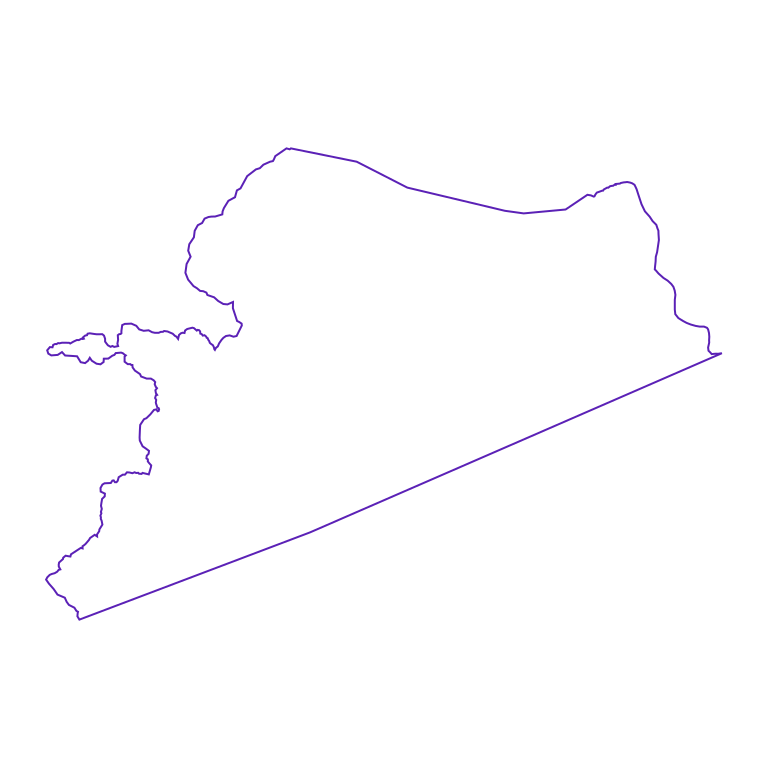 Medorm, Aimeliik, Palau (Mercator projection)
{"feature_id": "81905179B56582984107965", "entity_name": "Medorm", "entity_type": "district", "adm_level": 2, "iso_a3": "PLW", "parent_name": "Palau", "parent_adm1": "Aimeliik", "projection": "mercator", "projection_center": [134.484, 7.466], "detail": "fine", "context": "isolated", "style": "outline", "palette": "violet", "viewbox_px": 768, "rotation_deg": 0, "n_neighbors": 0, "source": "geoboundaries", "source_scale": "gbopen_adm2", "svg_char_len": 4703}
<svg xmlns="http://www.w3.org/2000/svg" viewBox="0 0 768 768"><path d="M721.9,353.2L718.1,353.8L716.3,353.7L714.5,353.8L711.7,354.1L710.4,352.6L708.5,350.7L708.1,347.5L709.2,342.6L709.1,340.1L709.3,336.8L709.0,333.0L708.1,329.4L707.0,327.8L704.0,326.6L699.7,326.6L695.6,325.9L690.7,324.5L686.6,322.9L682.9,320.9L678.4,318.1L675.3,314.2L674.8,309.6L674.8,299.8L675.4,294.9L675.1,293.1L674.7,290.6L673.4,286.8L671.3,284.0L667.6,280.6L663.4,277.9L658.5,273.5L656.1,270.7L654.8,269.4L655.0,267.0L655.6,261.5L655.8,256.8L657.1,252.2L658.9,240.0L658.5,233.9L658.4,230.7L657.5,228.5L656.3,224.8L652.6,221.1L649.7,216.7L644.9,211.3L641.5,204.2L638.2,194.2L636.6,189.2L635.5,186.8L634.5,184.8L632.2,183.3L630.2,182.6L628.7,182.3L627.1,182.0L625.8,182.2L623.6,182.4L620.8,183.0L619.9,183.6L615.6,184.0L615.6,184.8L614.8,184.6L613.0,185.8L612.2,185.8L610.1,186.2L608.3,187.7L607.2,187.6L603.8,189.5L603.0,190.7L602.1,190.7L598.6,192.0L598.0,192.2L597.0,192.5L596.1,193.5L595.1,195.0L594.5,196.3L593.8,196.6L592.8,196.2L591.0,195.4L587.4,194.8L565.6,209.5L523.7,213.4L504.9,210.8L460.4,200.2L407.3,187.6L356.7,161.7L290.9,148.4L289.7,149.3L286.5,148.4L275.3,156.1L273.9,159.4L272.9,161.1L270.1,161.7L263.4,164.7L259.8,168.2L255.9,169.4L247.2,176.1L240.5,188.4L236.9,190.4L235.0,197.2L228.4,200.8L223.9,208.1L222.6,211.4L222.3,214.4L215.2,216.5L211.3,216.6L208.5,217.0L204.6,218.6L202.1,223.0L197.8,225.2L194.7,230.8L193.9,237.3L189.3,244.2L188.2,250.7L190.6,256.7L186.6,264.0L185.4,272.8L188.1,279.6L193.5,286.1L196.9,288.2L200.1,290.9L203.2,291.2L206.4,292.6L207.4,295.0L214.1,297.3L218.2,301.0L223.3,304.0L227.5,304.4L233.0,302.0L232.9,308.2L237.1,321.0L239.2,322.0L241.6,323.6L241.8,325.5L236.6,336.0L233.5,336.7L229.7,335.4L226.0,336.0L223.4,337.8L221.5,339.9L219.1,343.4L217.8,346.4L215.9,347.9L214.9,349.9L214.4,349.3L213.8,347.0L212.9,345.2L210.9,343.8L209.8,342.8L209.2,341.0L208.4,340.0L207.6,338.1L206.7,337.8L206.2,336.6L204.5,335.2L202.8,335.6L201.7,334.1L200.3,333.6L200.1,331.4L199.1,330.2L197.6,329.9L196.8,330.6L193.9,328.1L192.4,327.7L187.2,329.0L185.1,330.5L184.5,333.0L182.7,332.7L180.9,333.3L179.0,335.0L178.1,338.9L176.4,336.6L175.0,335.9L172.7,333.7L169.4,332.3L167.6,331.5L164.1,331.0L163.0,331.8L160.7,331.9L158.7,332.8L154.9,332.8L152.1,332.2L148.6,330.3L143.7,330.8L139.2,329.4L136.3,325.8L131.3,323.6L127.6,323.8L124.8,323.9L122.2,325.1L121.4,331.0L121.4,333.3L120.6,334.0L119.1,334.2L117.8,335.2L118.1,339.9L117.4,343.7L118.1,346.1L114.2,346.9L112.4,346.0L110.6,346.8L107.9,345.3L106.5,343.5L105.1,341.6L105.1,338.8L104.0,335.6L102.3,334.2L96.9,334.3L94.4,334.0L89.8,333.3L87.6,333.7L87.0,335.2L85.3,335.5L84.4,336.2L83.0,337.4L83.8,338.7L82.7,339.0L81.5,338.7L78.8,340.1L76.9,340.0L73.5,341.6L70.2,343.5L69.1,342.8L62.1,342.7L59.6,343.3L58.1,343.1L56.5,344.1L55.1,344.0L53.2,344.9L52.5,347.3L49.9,347.1L47.2,350.3L48.3,353.6L51.3,355.4L57.7,354.9L62.0,352.1L65.1,355.5L71.5,355.9L77.1,356.3L80.7,362.2L85.1,363.1L88.1,360.7L89.8,357.8L91.8,360.7L96.5,363.7L100.5,364.3L103.6,362.0L103.8,358.7L108.3,358.6L110.1,357.3L112.3,355.7L114.4,354.9L115.7,353.1L121.1,352.6L122.8,353.2L124.6,354.7L125.8,355.4L124.6,356.6L124.6,361.7L127.7,364.1L130.3,364.1L131.3,365.0L132.4,365.0L132.6,367.4L134.9,370.6L140.0,374.1L141.1,376.5L146.7,378.6L150.9,378.6L153.7,380.3L155.2,382.1L154.7,384.2L155.8,386.9L157.0,388.2L155.4,390.2L155.9,393.1L157.1,394.9L155.9,395.3L155.1,398.0L156.2,399.9L155.8,402.5L156.1,403.8L157.4,407.6L158.7,408.2L159.1,409.3L158.6,411.0L157.6,411.3L156.4,409.4L154.0,409.9L150.4,414.3L146.4,418.2L144.0,419.2L140.2,424.9L139.9,430.0L139.6,437.6L139.8,440.6L142.6,446.3L145.8,448.5L149.0,450.9L148.6,453.8L146.8,455.7L146.4,458.4L147.8,459.3L147.9,460.1L147.8,461.4L149.3,463.3L151.2,465.4L150.9,467.2L148.8,474.4L142.5,472.9L141.6,473.9L139.0,473.7L138.2,472.8L136.2,473.0L134.6,472.3L132.4,473.2L129.5,472.5L127.0,472.3L124.9,474.7L122.7,474.7L118.7,477.2L117.7,480.8L116.5,482.2L114.9,482.2L113.7,480.4L112.4,480.6L110.8,483.0L104.5,483.3L102.4,484.6L100.5,488.0L100.7,491.6L104.9,493.6L104.7,496.4L102.1,498.9L101.4,503.0L101.0,505.8L101.8,508.9L100.9,512.0L101.4,513.2L100.4,515.7L100.9,517.2L100.8,518.9L101.6,520.6L102.4,524.6L99.4,529.4L99.2,531.2L97.0,534.5L97.1,536.4L94.7,534.8L90.1,538.0L89.0,539.9L85.6,543.9L84.2,545.1L82.5,546.3L82.6,548.4L80.8,547.9L76.2,550.9L71.0,554.3L70.4,556.5L68.2,556.2L65.6,555.7L63.2,557.7L63.0,559.0L59.1,562.5L58.7,564.7L58.8,566.6L60.3,569.4L58.6,569.9L57.2,571.7L54.7,573.2L51.7,574.0L49.7,574.9L47.3,577.3L46.1,579.6L48.9,583.6L53.7,589.1L57.5,594.6L64.8,597.7L66.7,601.9L68.9,604.9L74.4,607.7L76.4,610.9L78.0,611.8L77.7,613.0L77.4,616.3L79.4,619.6L310.0,532.4L721.9,353.2Z" fill="none" stroke="#5b21b6" stroke-width="2"/></svg>